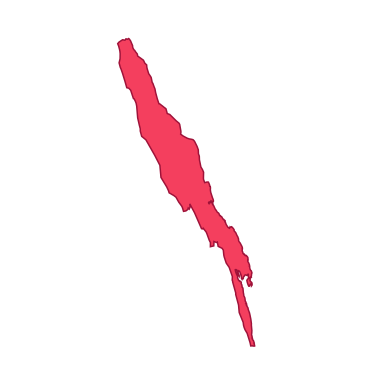 the district of Naustdal nor, Sogn og Fjordane, Norway, rotated 255°
{"feature_id": "86288312B26006873057513", "entity_name": "Naustdal nor", "entity_type": "district", "adm_level": 2, "iso_a3": "NOR", "parent_name": "Norway", "parent_adm1": "Sogn og Fjordane", "projection": "equal_earth", "projection_center": [5.574, 61.552], "detail": "fine", "context": "isolated", "style": "filled", "palette": "rose", "viewbox_px": 384, "rotation_deg": 255, "n_neighbors": 0, "source": "geoboundaries", "source_scale": "gbopen_adm2", "svg_char_len": 5828}
<svg xmlns="http://www.w3.org/2000/svg" viewBox="0 0 384 384"><g transform="rotate(255 192 192)"><path d="M354.5,158.6L352.1,158.9L348.9,158.9L346.7,158.8L344.2,158.4L339.3,157.0L335.6,155.0L330.9,155.0L328.9,155.3L324.7,155.6L316.3,155.9L309.6,156.0L308.6,157.8L306.2,159.1L297.4,159.6L297.0,160.2L294.7,160.7L292.2,161.0L289.2,160.8L277.6,158.7L269.6,158.4L266.5,158.4L264.3,157.8L258.8,157.8L254.3,161.0L237.1,165.5L226.1,167.9L214.1,165.8L203.5,168.9L199.5,169.6L197.1,169.7L193.2,173.6L191.1,175.2L185.6,176.6L181.0,178.4L179.4,178.7L175.5,178.8L175.3,181.2L176.2,183.4L177.5,184.2L176.2,184.9L178.0,186.3L181.1,186.8L171.3,189.1L154.1,191.7L153.5,193.0L153.5,193.3L153.9,193.5L149.8,195.3L147.8,195.6L140.8,196.2L138.4,196.7L134.4,195.6L134.3,199.1L138.5,200.4L136.9,202.6L137.1,203.5L132.7,203.2L129.8,206.5L127.8,207.2L122.9,206.4L121.0,206.3L115.6,206.6L114.4,206.7L109.6,208.4L99.9,209.1L96.4,208.0L95.4,208.2L95.0,208.1L94.7,208.0L83.1,208.1L81.7,207.7L70.8,207.7L63.3,206.4L52.8,207.7L50.0,207.3L47.7,207.3L45.2,207.6L41.2,208.7L31.3,209.1L28.1,208.9L27.8,210.5L27.4,211.1L27.0,212.6L27.7,212.8L29.5,212.7L29.6,212.8L29.7,212.7L30.4,212.9L30.4,213.0L31.2,212.9L31.9,213.0L33.4,212.6L32.9,212.7L33.2,212.5L34.5,212.2L35.2,212.2L35.6,212.3L35.5,212.5L35.9,212.5L35.6,212.4L35.9,212.4L37.3,212.7L38.3,212.5L39.9,213.0L40.5,213.4L40.7,213.5L40.5,213.3L40.8,213.3L42.3,213.9L48.1,214.9L49.4,215.3L53.9,215.9L58.7,216.2L59.6,216.1L59.9,216.3L64.1,215.9L65.4,216.1L67.9,215.4L68.3,215.4L68.4,215.6L68.8,215.5L68.7,215.6L68.8,215.6L69.0,215.6L69.0,215.4L69.3,215.5L69.5,215.6L69.4,215.7L69.8,215.8L70.3,215.5L71.6,215.6L72.8,215.2L75.6,215.6L76.5,215.6L78.4,215.2L80.2,215.5L81.1,215.5L85.9,216.3L86.7,216.1L87.0,215.8L89.2,216.1L90.9,215.8L91.4,216.0L91.2,216.0L92.0,216.2L93.0,215.9L93.3,215.6L93.3,215.0L93.8,214.9L93.8,214.7L94.4,214.5L94.8,214.1L97.2,213.8L97.7,213.9L97.9,214.1L98.2,214.2L98.7,214.2L101.4,213.7L103.6,213.5L104.8,213.6L105.5,213.6L105.8,213.7L105.8,213.9L105.7,214.1L105.6,214.6L105.3,214.9L103.6,215.1L101.8,215.0L100.5,215.3L99.4,215.4L99.2,215.6L98.6,215.8L99.4,216.0L101.9,215.6L102.7,215.8L103.0,216.1L103.8,216.4L103.5,216.6L103.6,216.9L103.5,217.1L102.9,217.4L100.3,217.8L98.6,217.7L98.6,217.9L97.7,217.7L96.4,217.6L95.8,217.4L94.9,217.7L95.3,217.9L94.9,218.2L94.9,218.3L95.2,218.4L94.9,218.7L94.9,218.9L95.3,219.2L96.3,219.6L96.8,219.9L97.3,220.9L97.9,221.3L98.1,222.2L98.0,222.5L97.3,223.3L97.5,223.8L97.0,224.2L97.3,224.5L98.1,224.8L98.1,225.0L97.7,225.1L95.7,224.5L94.1,224.4L93.5,223.5L93.5,223.1L93.0,222.7L92.9,222.5L92.4,222.1L90.7,222.0L88.2,222.1L86.4,222.4L86.3,222.6L86.2,222.9L86.5,223.1L86.5,223.3L87.3,223.9L88.0,225.0L87.8,225.2L87.4,225.3L85.9,225.1L86.3,225.6L86.4,225.8L86.8,226.0L87.8,226.3L88.4,226.1L88.6,226.2L88.7,226.3L89.1,226.3L89.6,225.8L90.0,225.8L90.8,225.2L91.5,225.0L91.9,225.1L92.0,225.2L91.9,225.4L92.2,225.5L93.5,225.6L93.9,225.7L93.8,226.0L94.4,226.1L94.7,226.3L94.7,226.5L94.5,226.9L94.2,227.1L94.3,227.3L94.9,227.2L95.6,227.7L96.9,228.1L97.5,228.5L97.9,228.5L98.2,228.9L98.6,229.0L99.2,228.9L100.1,228.9L100.8,228.7L101.1,228.4L102.6,228.1L104.2,228.2L104.8,228.4L105.5,228.2L105.6,228.5L106.6,228.6L108.8,228.4L110.2,228.0L110.8,227.9L112.0,228.3L111.9,228.6L114.2,229.0L115.5,228.6L115.8,228.3L116.5,228.1L116.8,227.8L116.8,227.5L117.0,227.4L116.2,227.4L116.6,227.2L116.1,227.2L117.7,226.8L117.9,226.7L117.6,226.5L117.7,226.4L118.7,226.1L118.7,225.8L119.5,225.4L120.7,225.5L122.1,225.2L123.4,225.7L124.2,225.8L124.2,226.0L124.8,226.2L125.7,226.2L126.9,226.1L127.7,225.8L128.1,225.8L130.3,225.3L132.1,224.5L133.4,224.5L134.6,224.8L137.0,224.6L138.3,224.2L141.5,223.7L143.7,222.6L144.4,222.9L145.1,222.8L146.4,222.3L148.2,221.3L148.2,221.1L147.9,220.8L148.1,220.2L148.5,219.8L147.9,219.6L147.8,219.4L147.8,219.2L147.2,218.8L147.3,218.6L148.0,218.3L148.2,217.9L148.6,217.6L151.5,216.7L152.7,216.5L153.6,216.5L154.7,216.1L155.0,216.1L155.0,216.3L155.3,216.6L156.0,216.4L156.2,216.1L157.1,215.7L157.1,215.3L157.9,215.1L158.0,214.9L160.6,214.2L160.8,213.9L160.8,213.7L161.4,213.3L161.8,213.3L161.8,212.9L162.1,212.8L162.7,212.5L164.0,212.5L165.0,212.1L165.4,211.6L166.0,211.2L168.4,210.5L169.4,210.0L173.1,209.4L174.3,209.1L173.6,209.1L174.5,208.7L174.7,208.9L174.4,209.0L174.5,209.0L174.9,209.1L175.0,208.8L175.3,208.7L176.2,209.2L176.5,209.3L176.4,208.9L176.8,207.6L176.6,207.3L176.9,207.5L177.0,207.2L176.8,207.2L177.0,207.2L177.1,206.9L176.8,206.2L177.0,206.2L176.7,206.1L177.3,206.1L176.9,205.9L177.4,206.1L176.8,205.6L177.4,205.9L177.3,205.7L176.9,205.6L176.7,205.6L176.4,205.4L176.8,205.2L177.6,205.3L177.9,205.7L177.8,206.5L177.3,207.9L177.4,208.1L177.5,208.1L177.8,207.7L178.2,207.8L178.4,207.9L177.9,207.5L177.8,207.1L178.0,207.5L178.5,208.0L178.1,208.2L178.2,208.3L178.1,208.6L176.9,209.7L177.7,210.4L179.5,210.5L180.9,210.3L186.8,210.0L189.4,210.3L191.2,210.9L192.7,211.1L193.0,210.6L194.7,210.8L197.3,210.4L197.6,209.6L197.8,208.7L197.7,208.5L197.8,206.7L201.1,206.4L202.3,206.6L208.1,208.3L211.0,207.9L213.7,207.1L214.5,207.1L221.1,207.5L224.6,208.3L225.4,208.3L227.1,208.1L231.1,209.0L234.7,208.7L239.7,207.7L240.5,207.5L242.2,206.6L242.9,205.5L244.0,203.1L245.2,201.3L248.3,198.0L250.8,196.0L252.4,196.7L253.6,197.0L260.5,197.6L261.8,197.3L264.9,195.1L272.6,190.6L274.2,188.4L279.1,188.4L285.5,183.6L285.8,182.9L290.9,182.6L297.5,182.6L301.2,182.9L303.5,182.6L307.2,182.3L308.0,181.9L313.0,182.2L314.0,182.0L317.5,180.8L322.7,180.6L324.5,180.7L326.5,181.1L328.6,179.8L331.9,179.2L337.4,174.7L339.4,174.9L341.3,174.1L341.9,173.8L343.6,173.3L344.3,172.8L345.9,172.3L347.2,172.2L349.0,172.5L350.1,172.3L353.8,171.8L355.8,171.1L356.6,170.6L356.7,170.4L356.3,169.5L356.3,168.9L356.9,168.2L357.0,167.7L356.2,166.9L356.0,166.4L357.0,164.5L357.0,164.3L356.5,162.7L355.6,160.1L354.5,158.6Z" fill="#f43f5e" stroke="#9f1239" stroke-width="1.5"/></g></svg>